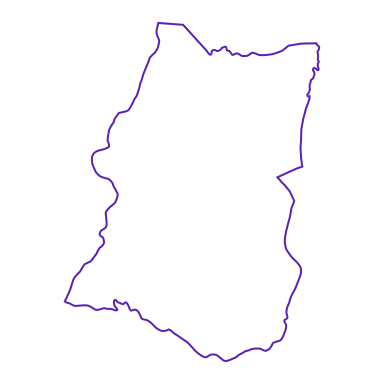 outline of Aramecina, Valle, Honduras
{"feature_id": "27666195B66529854122091", "entity_name": "Aramecina", "entity_type": "district", "adm_level": 2, "iso_a3": "HND", "parent_name": "Honduras", "parent_adm1": "Valle", "projection": "robinson", "projection_center": [-87.695, 13.733], "detail": "fine", "context": "isolated", "style": "outline", "palette": "violet", "viewbox_px": 384, "rotation_deg": 0, "n_neighbors": 0, "source": "geoboundaries", "source_scale": "gbopen_adm2", "svg_char_len": 5893}
<svg xmlns="http://www.w3.org/2000/svg" viewBox="0 0 384 384"><path d="M316.4,43.3L301.3,43.6L288.5,45.7L282.3,50.7L278.5,52.2L275.0,53.4L271.7,54.3L265.0,55.1L261.7,55.2L259.2,55.0L254.6,53.2L253.3,52.8L252.5,52.8L251.7,52.9L251.1,53.2L249.4,54.6L247.5,55.7L246.7,55.9L244.8,56.0L242.9,56.0L242.0,55.9L240.6,55.2L238.7,53.9L237.9,53.6L237.1,53.4L236.4,53.5L235.7,53.6L233.2,54.8L232.7,54.9L232.4,54.9L231.7,54.2L230.7,52.7L229.2,50.9L227.1,50.4L226.8,49.8L226.5,48.4L226.2,47.3L225.7,46.8L225.0,46.7L221.7,48.0L221.3,48.9L220.5,49.6L219.5,50.3L218.2,50.9L217.5,51.0L216.8,51.0L216.4,50.8L215.6,50.3L214.2,50.0L213.5,50.0L212.8,50.2L212.2,50.8L211.8,51.5L211.5,52.5L211.5,53.6L211.3,54.1L210.8,54.6L210.3,54.7L209.6,54.4L209.0,53.9L207.3,51.8L206.5,50.6L183.1,24.8L158.3,23.0L157.9,24.8L156.9,29.0L156.6,30.5L156.5,32.0L156.6,33.3L157.0,34.8L158.0,37.6L159.0,39.8L159.2,40.6L159.2,41.6L158.9,43.3L158.2,46.3L157.7,47.9L157.2,49.1L156.7,50.0L155.5,51.8L154.4,53.1L152.5,54.8L151.2,56.1L149.9,57.7L149.4,58.6L148.7,61.0L148.1,62.7L144.2,71.9L143.0,75.2L141.8,79.5L140.1,83.9L139.2,88.1L138.2,91.5L137.3,94.1L136.4,96.2L135.9,97.0L134.7,98.6L133.1,102.2L129.9,108.1L129.4,108.9L128.7,109.8L127.6,110.7L126.3,111.3L119.5,112.8L118.9,113.0L117.8,114.4L114.5,119.1L114.3,119.8L114.0,121.3L113.7,122.1L113.0,123.2L111.5,125.3L110.5,127.1L109.5,129.0L109.0,130.5L108.0,136.1L107.6,140.1L107.7,141.0L107.8,141.6L108.6,143.1L108.9,144.2L109.0,146.1L108.9,146.5L108.7,146.9L108.2,147.4L107.4,147.8L105.0,148.8L101.8,149.8L98.2,150.7L97.2,151.1L96.0,151.7L94.8,152.5L93.7,153.5L92.9,154.9L92.2,156.4L91.9,158.0L91.9,159.8L92.0,161.1L92.4,164.0L92.9,165.4L94.0,168.0L95.2,170.7L95.8,172.0L96.9,173.3L98.0,174.6L99.1,175.5L100.1,176.2L101.7,177.0L103.5,177.6L105.4,178.2L107.2,178.6L108.2,178.9L109.4,179.7L111.0,181.1L112.0,182.3L112.5,183.2L112.9,184.2L113.5,186.0L117.2,192.8L117.7,194.3L117.7,195.0L117.6,195.8L117.0,198.1L115.7,201.3L115.2,202.4L113.8,203.9L109.8,207.2L106.8,210.5L106.3,211.3L105.9,212.1L105.8,212.8L105.7,213.7L106.3,218.5L106.6,222.9L106.6,224.8L106.4,226.1L105.9,227.2L105.1,228.1L100.9,230.8L100.1,232.4L99.8,233.3L99.7,234.0L99.7,234.8L99.9,235.4L100.9,236.1L102.5,237.3L103.0,237.8L103.2,238.1L103.7,239.7L104.0,241.6L104.0,242.7L103.7,243.8L102.9,244.9L102.0,246.0L101.3,246.7L100.0,247.5L99.3,248.4L97.8,250.8L96.6,253.6L91.4,260.5L90.9,261.0L90.0,261.6L85.2,264.0L84.5,264.4L83.2,266.3L80.0,271.6L76.7,274.9L74.7,277.2L73.9,278.6L73.2,280.2L71.8,284.4L70.6,288.4L70.1,289.8L66.3,298.4L64.8,301.4L66.3,302.5L69.0,303.2L70.5,303.9L73.3,305.4L74.7,305.9L76.5,305.9L82.3,305.4L84.5,305.3L86.3,305.3L87.7,305.6L88.8,305.9L90.1,306.5L92.1,307.6L94.2,309.1L95.4,309.6L96.2,309.8L97.1,309.9L98.2,309.8L100.1,309.3L102.5,308.5L103.9,308.2L104.5,308.2L105.3,308.3L106.2,308.7L107.8,308.9L111.1,308.9L114.2,310.0L116.1,310.4L116.6,310.4L117.0,310.2L117.2,309.9L117.2,309.4L117.1,309.0L116.9,308.6L114.9,306.1L114.4,305.4L114.2,304.7L113.9,303.2L114.0,301.5L114.1,300.8L114.7,300.2L115.2,299.9L115.7,299.9L117.7,302.2L120.1,303.0L121.3,303.7L122.5,304.1L123.0,304.2L123.4,304.0L125.1,302.6L125.6,302.4L126.0,302.4L126.7,302.9L127.6,304.2L128.7,306.3L129.7,309.0L130.2,309.8L130.7,310.4L131.1,310.6L131.6,310.6L133.3,309.9L134.4,309.6L135.0,309.6L136.2,310.0L137.7,311.0L138.5,312.1L139.6,314.1L141.3,317.9L141.7,318.5L142.0,318.8L142.9,319.2L147.1,320.2L148.3,320.8L149.9,322.0L151.2,323.0L155.2,327.0L156.6,328.2L158.6,329.5L160.9,330.6L162.5,331.1L164.0,331.0L165.8,330.7L168.1,329.8L168.9,329.5L169.5,329.7L170.3,330.1L171.1,330.7L173.0,332.4L174.8,333.9L176.6,334.9L187.2,342.2L188.4,343.3L191.9,347.0L194.6,350.2L195.6,351.2L198.9,353.9L202.8,356.5L204.8,357.2L205.9,357.2L207.1,356.8L209.2,355.4L210.8,354.7L212.5,354.4L213.6,354.4L214.8,354.6L216.3,355.0L217.4,355.5L219.8,357.5L221.9,359.1L223.1,360.2L223.8,360.6L224.8,360.9L225.8,361.0L226.7,360.9L228.9,360.3L234.8,357.9L236.8,356.7L238.3,355.3L239.1,354.8L242.3,353.1L245.1,351.4L246.1,351.0L248.7,350.4L249.7,350.0L251.2,349.2L252.0,349.0L253.7,348.7L256.4,348.5L258.7,348.5L259.8,348.7L261.1,349.1L262.5,349.7L263.7,350.4L264.6,350.7L265.4,350.8L266.3,350.7L268.9,349.3L269.7,348.6L270.5,347.5L272.0,345.0L272.8,343.4L273.3,342.8L274.5,342.3L279.7,340.7L280.3,340.3L281.0,339.8L281.5,339.1L282.2,338.1L283.3,335.8L285.1,331.2L286.1,327.8L286.2,326.3L286.0,324.7L285.4,323.3L284.5,321.9L284.3,320.9L284.4,320.3L284.6,320.0L286.9,318.5L287.2,318.1L287.4,317.7L287.4,317.0L287.3,316.2L286.5,313.2L286.3,312.0L286.6,310.3L287.1,307.6L289.3,302.4L289.9,299.8L290.9,297.0L291.6,295.4L295.2,288.8L299.1,278.9L300.2,275.8L300.8,273.7L301.0,272.6L301.0,270.5L300.9,269.0L300.6,267.7L299.9,266.3L299.1,264.9L297.8,263.3L297.1,262.4L293.1,258.7L291.7,257.1L289.9,254.8L288.0,252.0L286.7,250.0L286.1,248.7L285.7,247.4L285.2,244.9L284.8,242.2L284.8,240.3L285.0,237.6L285.4,235.3L286.2,231.1L287.7,225.0L290.0,216.6L291.4,208.3L291.7,207.4L292.6,205.4L293.7,202.6L294.1,201.4L294.1,200.7L289.8,191.4L285.0,185.5L281.9,182.4L277.4,177.3L290.9,171.1L297.3,168.3L302.3,166.6L301.1,157.9L300.5,147.8L301.1,139.6L301.3,129.3L303.2,119.1L305.9,108.8L308.5,101.9L309.7,97.9L309.5,96.1L308.8,96.6L308.4,96.6L308.1,96.5L307.6,96.1L307.3,95.6L307.3,95.2L307.4,94.6L307.5,94.2L308.4,93.2L308.9,92.3L309.9,89.7L309.9,88.5L309.6,87.3L309.8,84.1L310.2,83.5L310.4,82.9L310.6,82.1L310.7,81.0L310.9,80.2L312.9,78.5L313.2,78.0L313.5,76.8L314.4,74.9L314.4,73.7L314.2,72.1L314.0,71.8L313.5,71.2L313.1,70.4L312.9,69.8L312.9,69.4L313.4,68.5L313.9,68.1L314.2,67.9L314.8,68.1L315.7,68.6L317.6,70.2L317.9,70.3L318.2,70.2L318.4,70.0L318.6,69.6L318.5,68.4L318.0,67.0L317.7,64.2L317.7,63.8L317.9,63.3L318.6,62.5L318.7,61.7L318.4,60.8L317.9,59.6L317.7,58.9L317.7,58.5L318.2,56.4L317.9,54.0L317.5,52.1L317.8,51.2L318.4,50.2L319.0,49.0L319.2,48.2L319.2,47.6L319.1,47.0L318.8,46.4L317.1,45.0L316.6,44.1L316.4,43.3Z" fill="none" stroke="#5b21b6" stroke-width="2"/></svg>